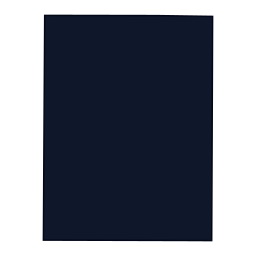 the district of Henry, Iowa, United States of America
{"feature_id": "52423323B58057992279979", "entity_name": "Henry", "entity_type": "district", "adm_level": 2, "iso_a3": "USA", "parent_name": "United States of America", "parent_adm1": "Iowa", "projection": "mercator", "projection_center": [-91.542, 40.988], "detail": "fine", "context": "isolated", "style": "filled", "palette": "ink", "viewbox_px": 256, "rotation_deg": 0, "n_neighbors": 0, "source": "geoboundaries", "source_scale": "gbopen_adm2", "svg_char_len": 232}
<svg xmlns="http://www.w3.org/2000/svg" viewBox="0 0 256 256"><path d="M43.7,183.8L43.4,240.1L193.6,240.5L211.7,240.6L212.4,72.5L212.6,16.4L156.6,15.6L44.7,15.4L43.7,183.8Z" fill="#0f172a" stroke="#020617" stroke-width="1.5"/></svg>